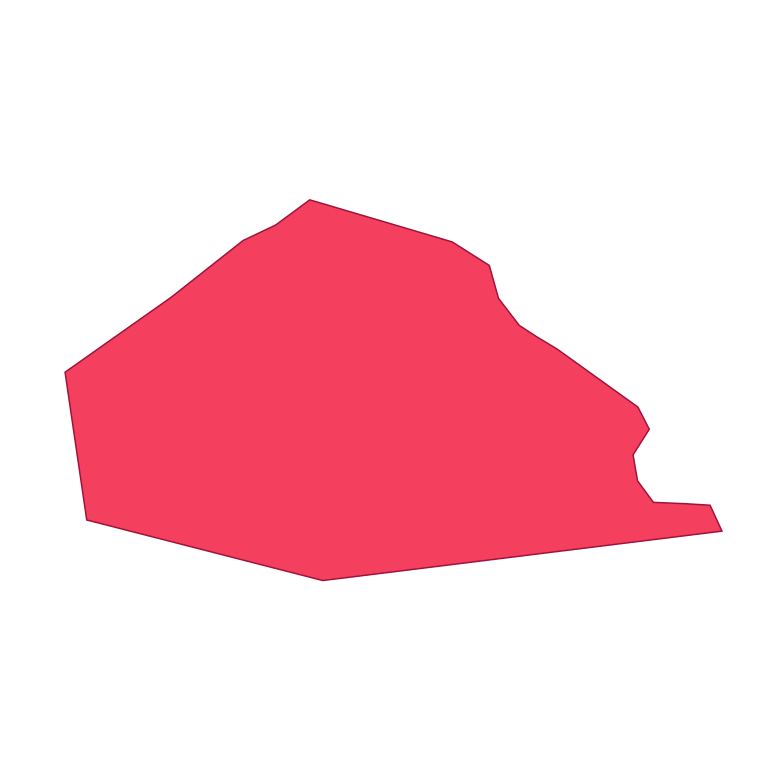 the district of Cuitegi, Paraíba, Brazil, rotated 352°
{"feature_id": "56859067B86022496399521", "entity_name": "Cuitegi", "entity_type": "district", "adm_level": 2, "iso_a3": "BRA", "parent_name": "Brazil", "parent_adm1": "Paraíba", "projection": "albers", "projection_center": [-35.504, -6.895], "detail": "fine", "context": "isolated", "style": "filled", "palette": "rose", "viewbox_px": 768, "rotation_deg": 352, "n_neighbors": 0, "source": "geoboundaries", "source_scale": "gbopen_adm2", "svg_char_len": 433}
<svg xmlns="http://www.w3.org/2000/svg" viewBox="0 0 768 768"><g transform="rotate(352 384 384)"><path d="M698.2,576.7L690.0,549.4L663.8,544.1L634.3,538.7L621.6,515.2L620.8,488.8L640.4,465.7L632.2,442.2L560.5,373.7L541.7,358.4L526.1,344.8L509.3,315.1L504.8,281.3L471.3,252.8L336.1,191.3L298.8,211.5L264.4,222.3L185.3,268.5L69.8,327.9L70.7,477.3L296.0,570.1L698.2,576.7Z" fill="#f43f5e" stroke="#9f1239" stroke-width="1.5"/></g></svg>